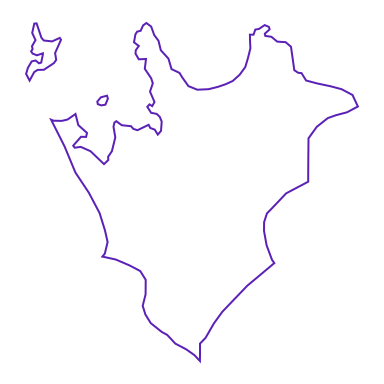 outline of Unryul, Hwanghae-namdo, North Korea
{"feature_id": "82179303B17598108149664", "entity_name": "Unryul", "entity_type": "district", "adm_level": 2, "iso_a3": "PRK", "parent_name": "North Korea", "parent_adm1": "Hwanghae-namdo", "projection": "albers", "projection_center": [125.137, 38.511], "detail": "fine", "context": "isolated", "style": "outline", "palette": "violet", "viewbox_px": 384, "rotation_deg": 0, "n_neighbors": 0, "source": "geoboundaries", "source_scale": "gbopen_adm2", "svg_char_len": 2194}
<svg xmlns="http://www.w3.org/2000/svg" viewBox="0 0 384 384"><path d="M297.2,187.5L308.2,181.7L308.2,176.0L308.3,158.6L308.4,149.9L308.5,138.3L316.8,126.8L327.8,118.1L336.0,115.2L347.0,112.3L357.9,106.5L352.5,95.0L341.6,89.2L330.7,86.3L317.0,83.4L306.1,80.5L301.5,73.1L298.2,72.8L294.3,70.2L291.0,46.8L285.7,42.2L277.2,41.6L271.4,36.8L265.3,35.9L264.8,33.7L269.6,29.4L268.9,26.9L264.7,25.1L259.0,28.9L255.3,29.6L253.5,34.7L249.9,34.7L250.1,42.9L250.4,48.3L248.0,57.9L245.3,67.0L239.7,74.7L232.7,81.0L225.7,84.2L217.8,86.9L208.5,89.2L197.3,89.7L188.4,86.1L182.1,77.2L179.5,72.9L171.5,69.1L168.5,58.7L160.8,50.2L158.5,40.8L154.2,35.0L151.2,26.6L146.4,23.0L143.1,25.4L140.6,30.8L138.2,31.4L137.1,31.7L135.4,34.4L134.0,42.3L138.8,46.0L135.8,50.2L135.5,53.6L138.8,59.3L146.0,59.0L144.8,68.8L151.2,78.3L152.8,83.3L150.0,91.6L154.5,102.0L152.2,106.1L149.5,104.4L147.3,106.8L151.1,112.8L156.7,113.9L159.8,116.9L161.7,121.6L161.0,130.9L157.8,134.6L154.7,129.6L150.3,128.0L148.6,124.8L137.5,130.2L133.4,128.9L131.0,126.2L121.7,125.2L116.3,121.2L114.4,122.6L113.5,126.8L115.3,137.4L111.9,151.2L108.1,156.8L108.3,160.0L104.0,164.1L90.5,151.2L80.8,146.9L74.7,147.7L73.2,145.7L81.0,136.8L86.1,136.9L87.0,132.9L78.3,125.1L75.5,114.0L67.6,119.5L65.1,120.1L61.7,120.9L53.6,120.7L51.1,119.7L64.6,146.5L75.4,172.5L88.9,192.8L99.6,213.1L105.0,230.5L107.6,242.1L104.8,253.7L102.4,256.6L115.7,259.5L129.3,265.3L140.3,271.1L145.7,279.8L145.6,294.3L142.7,305.9L145.4,314.5L150.8,323.2L161.7,331.9L167.2,334.9L175.3,343.6L186.3,349.4L194.5,355.2L199.9,361.0L200.0,355.2L200.0,343.6L205.6,337.8L213.9,323.4L222.3,311.8L233.3,300.3L247.2,285.8L274.3,263.1L272.0,259.8L266.6,245.3L264.0,230.9L264.1,222.2L266.9,213.5L275.2,204.9L286.2,193.3L297.2,187.5ZM43.8,40.5L42.9,39.5L41.4,37.7L36.6,23.4L34.3,23.6L32.2,32.9L35.5,40.1L32.0,46.2L32.6,49.1L31.1,51.3L32.6,53.6L36.9,55.3L42.9,53.3L42.9,54.3L41.2,62.6L39.0,63.3L35.6,60.5L31.7,61.4L27.9,67.8L26.1,73.9L29.6,80.6L34.2,72.1L37.6,69.9L42.9,69.8L43.8,69.8L53.9,63.1L56.2,59.9L55.1,53.0L61.0,39.8L59.8,37.9L52.1,41.4L43.8,40.5ZM105.4,104.7L107.9,98.6L107.0,95.7L100.9,97.3L97.3,101.6L97.8,104.1L101.2,105.4L105.4,104.7Z" fill="none" stroke="#5b21b6" stroke-width="2"/></svg>